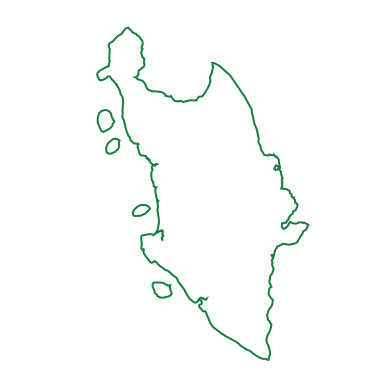 North East Malekula, Malampa, Vanuatu, rotated 200°
{"feature_id": "77236927B6539808470139", "entity_name": "North East Malekula", "entity_type": "district", "adm_level": 2, "iso_a3": "VUT", "parent_name": "Vanuatu", "parent_adm1": "Malampa", "projection": "robinson", "projection_center": [167.325, -15.963], "detail": "fine", "context": "isolated", "style": "outline", "palette": "green", "viewbox_px": 384, "rotation_deg": 200, "n_neighbors": 0, "source": "geoboundaries", "source_scale": "gbopen_adm2", "svg_char_len": 5980}
<svg xmlns="http://www.w3.org/2000/svg" viewBox="0 0 384 384"><g transform="rotate(200 192 192)"><path d="M308.0,324.7L309.8,323.3L310.5,322.2L311.2,320.6L312.1,316.6L315.1,313.2L317.7,307.0L320.5,303.2L320.5,301.1L319.3,299.2L318.1,298.2L315.4,289.0L314.3,287.4L313.4,281.6L313.6,281.1L314.7,280.8L320.3,274.3L321.4,271.7L321.4,270.5L321.0,269.4L319.8,267.8L318.6,267.2L318.0,266.1L317.2,265.6L316.6,265.6L314.4,266.7L312.9,268.1L311.3,269.9L310.5,272.0L309.6,272.4L307.8,271.9L305.6,270.2L304.4,269.9L302.4,268.5L300.4,267.8L299.8,266.9L299.2,267.0L298.8,266.3L296.1,264.2L295.4,263.0L294.5,262.7L292.8,259.8L290.3,257.9L288.1,254.8L287.5,252.6L286.8,251.6L286.6,249.3L285.9,248.1L285.6,245.9L283.9,241.9L283.2,238.7L281.0,236.6L274.0,226.3L270.7,222.9L269.0,221.8L267.5,219.8L266.4,219.0L263.1,217.8L262.2,218.2L260.9,218.2L259.9,218.9L258.8,218.7L258.5,218.3L258.9,216.7L258.5,215.5L257.5,214.6L255.5,211.5L253.3,209.3L252.1,209.1L248.0,210.1L247.3,210.0L247.0,209.1L246.2,208.6L246.0,208.0L245.2,207.9L244.9,208.4L243.7,207.7L243.0,207.9L242.7,207.5L243.2,207.0L241.8,205.9L238.5,204.4L236.2,204.7L235.8,205.6L234.5,206.4L234.2,206.3L235.6,204.5L237.7,203.4L238.3,202.8L238.0,200.9L236.7,199.8L236.8,196.7L236.2,194.3L234.4,190.4L233.3,189.0L232.0,188.4L231.9,187.5L230.5,185.8L230.1,184.6L229.0,184.0L228.0,183.8L227.3,184.1L227.6,182.9L227.1,182.1L227.0,180.7L226.1,178.8L221.7,172.0L221.2,171.8L220.9,172.4L220.5,172.2L221.3,170.8L218.8,166.6L218.5,163.5L214.2,155.8L212.5,151.5L211.5,145.7L211.5,143.4L211.9,142.3L211.3,142.3L207.1,145.8L206.3,145.6L205.7,144.4L205.6,142.9L204.1,141.1L204.1,140.4L204.6,139.1L204.3,138.1L202.9,136.2L204.2,137.4L204.8,138.7L204.8,139.5L204.3,141.0L205.7,142.8L205.9,144.5L207.3,145.3L211.6,141.4L213.5,138.2L214.8,138.6L217.1,138.1L223.8,134.3L224.4,132.9L224.3,132.0L221.8,126.9L220.3,121.7L219.1,120.8L218.6,120.8L217.9,121.6L217.5,120.9L217.5,119.5L215.4,117.1L207.8,112.1L206.2,111.6L205.3,111.9L203.8,113.6L203.6,114.3L203.2,114.4L196.7,111.4L193.5,110.8L191.1,109.8L187.0,109.6L183.2,107.8L177.1,106.0L173.9,102.8L165.8,97.6L162.2,94.2L157.6,90.8L153.1,89.2L151.2,89.0L149.9,90.2L148.8,92.2L149.1,92.9L149.0,93.8L147.8,95.5L147.0,95.9L143.0,95.6L142.5,95.7L141.8,96.6L141.9,95.8L142.5,95.4L147.2,95.3L148.6,94.1L148.8,92.7L147.9,93.0L146.0,92.7L145.6,92.5L144.8,91.1L145.0,89.6L146.1,88.8L146.6,88.0L146.1,86.7L141.0,83.7L140.2,83.7L139.0,84.6L138.5,84.3L137.4,83.5L135.5,80.9L133.8,79.4L130.6,75.6L126.0,72.2L114.6,68.8L113.4,68.8L111.9,68.2L99.4,66.3L96.3,65.5L94.4,64.4L86.7,62.6L83.3,62.5L76.3,60.3L71.6,59.4L69.8,59.3L65.5,60.2L62.6,60.4L63.1,62.3L63.1,66.2L63.7,67.8L67.3,73.3L70.2,76.2L71.7,79.1L72.0,83.6L71.5,86.6L71.5,91.8L72.2,95.0L73.4,95.4L74.7,96.7L77.2,98.3L79.4,102.2L79.6,106.6L78.2,112.1L78.2,114.4L79.1,118.1L81.6,119.4L84.2,121.4L85.3,122.7L86.4,127.7L85.9,128.8L84.9,130.0L88.4,133.6L89.7,140.2L88.7,143.1L89.0,144.6L88.8,147.4L91.5,150.5L92.1,151.6L92.1,152.8L93.8,155.5L93.1,157.3L93.3,159.6L94.5,158.7L95.7,159.9L93.5,161.5L94.0,165.1L93.0,170.1L90.4,172.6L89.1,174.4L82.3,175.8L77.1,179.3L75.9,181.3L74.8,187.8L73.9,190.5L74.0,193.3L73.4,193.7L71.7,196.3L71.5,200.9L75.7,201.6L77.5,200.8L78.0,201.2L81.2,200.0L82.5,198.5L84.3,197.5L87.4,197.0L88.4,197.4L89.7,197.4L90.6,192.3L91.2,191.6L91.5,190.4L92.8,189.4L93.2,188.5L95.6,189.7L96.7,193.4L95.5,193.9L95.2,194.4L93.0,195.3L92.9,197.0L91.9,199.7L92.4,200.5L92.1,201.7L91.6,203.5L90.0,206.1L90.3,208.7L88.7,209.9L88.4,210.4L88.1,214.8L88.5,216.3L89.5,216.6L90.1,217.3L91.5,217.3L92.4,219.8L93.5,220.1L94.7,221.1L94.5,221.6L95.7,221.3L97.1,222.4L97.6,223.6L98.2,224.2L99.1,224.1L100.1,225.1L100.6,226.3L101.2,226.6L102.3,226.5L104.0,227.1L109.4,225.7L109.2,228.8L110.4,230.8L110.2,231.7L111.4,233.1L111.9,235.0L111.4,235.6L114.3,239.1L115.0,240.4L115.1,241.2L117.7,243.2L118.9,243.0L119.4,242.1L120.9,241.4L121.5,242.0L122.4,241.7L122.7,243.8L122.2,245.8L120.5,245.5L118.5,244.7L117.5,245.0L119.6,248.0L121.7,252.3L124.2,253.5L124.6,254.2L125.6,253.7L127.7,255.2L127.7,254.6L129.1,254.1L131.6,253.5L132.1,253.7L132.6,252.4L136.6,251.5L141.6,255.5L143.1,258.2L146.5,261.3L147.7,265.2L152.8,273.3L156.6,277.4L163.7,288.5L163.9,289.8L177.0,301.2L177.4,301.2L196.2,314.7L209.4,319.9L215.4,320.8L217.0,320.2L215.0,316.5L214.1,310.5L214.4,305.9L212.6,302.5L212.4,298.2L212.7,295.1L214.2,288.0L215.1,285.4L218.1,283.8L219.4,279.4L225.5,277.5L227.1,276.1L228.6,275.4L230.8,273.6L233.7,273.8L235.5,272.6L239.3,271.7L241.8,272.8L244.5,275.0L245.8,273.8L250.0,273.3L250.3,274.4L253.1,275.3L255.8,275.3L259.8,274.4L263.6,273.0L267.9,273.1L269.7,273.9L272.4,276.5L272.6,277.4L276.2,279.4L281.7,279.4L283.5,280.3L284.6,280.4L283.7,280.9L282.5,282.9L282.6,284.3L283.5,286.8L283.5,288.5L282.4,289.4L281.5,291.5L280.1,293.1L280.3,295.9L281.1,296.6L282.6,301.2L284.8,301.8L285.7,303.5L287.3,305.0L287.5,307.8L287.8,308.6L287.4,309.6L288.7,310.1L288.9,310.5L288.8,313.9L290.3,317.0L292.5,318.3L293.9,319.6L296.1,320.4L297.1,320.4L298.1,321.2L302.8,321.7L303.7,322.7L306.0,323.4L308.0,324.7ZM289.8,228.3L289.1,231.9L290.6,232.8L293.0,235.0L295.1,238.2L297.8,239.6L300.5,239.7L302.2,239.1L304.8,237.1L306.2,234.4L306.2,231.2L305.3,227.5L304.2,224.8L299.1,219.3L297.2,218.0L296.3,218.0L295.4,218.5L291.7,222.6L290.5,224.3L289.6,226.6L289.8,228.3ZM188.4,96.8L196.0,94.3L197.1,93.4L197.4,92.6L197.4,91.5L196.5,89.4L193.1,85.9L192.9,85.1L191.8,84.1L189.8,83.5L188.6,82.4L185.9,82.0L183.0,82.8L181.3,83.7L180.2,84.8L179.0,85.2L176.8,87.5L176.4,89.4L176.6,90.2L180.4,94.9L180.7,97.0L182.8,95.8L183.2,96.2L185.2,96.1L188.4,96.8ZM287.6,208.8L287.9,205.6L287.6,203.5L286.1,200.6L284.9,199.8L283.7,199.6L282.0,199.9L280.5,201.1L278.1,203.4L276.1,207.1L276.0,210.1L277.6,213.2L277.7,215.7L281.2,216.2L283.7,215.2L284.4,214.5L286.9,210.5L287.6,208.8ZM239.6,150.5L238.6,149.8L237.3,150.0L232.6,151.9L228.8,155.4L225.8,161.6L225.9,162.1L227.9,163.5L230.2,163.8L232.8,163.5L236.3,161.8L238.5,159.1L240.2,155.9L240.6,152.2L239.6,150.5Z" fill="none" stroke="#15803d" stroke-width="2"/></g></svg>